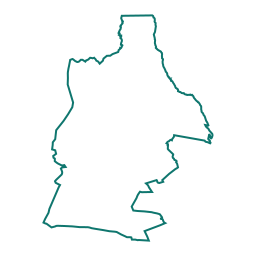 outline of Ketu North, Volta, Ghana
{"feature_id": "2480657B52907018957478", "entity_name": "Ketu North", "entity_type": "district", "adm_level": 2, "iso_a3": "GHA", "parent_name": "Ghana", "parent_adm1": "Volta", "projection": "mercator", "projection_center": [0.996, 6.191], "detail": "fine", "context": "isolated", "style": "outline", "palette": "teal", "viewbox_px": 256, "rotation_deg": 0, "n_neighbors": 0, "source": "geoboundaries", "source_scale": "gbopen_adm2", "svg_char_len": 5637}
<svg xmlns="http://www.w3.org/2000/svg" viewBox="0 0 256 256"><path d="M211.0,143.5L210.3,142.9L210.4,142.5L210.2,142.2L209.7,142.1L209.6,141.9L209.7,141.5L209.8,141.2L209.9,140.9L208.2,138.9L208.9,136.0L209.0,134.9L209.2,134.7L209.6,134.7L209.8,135.1L210.2,136.3L210.5,137.5L210.6,137.9L210.9,138.3L211.1,138.4L211.5,138.1L211.9,137.5L212.1,136.9L212.5,135.5L212.4,134.4L212.2,133.8L210.8,132.2L209.6,130.9L209.3,130.5L208.5,128.9L207.9,128.3L206.7,127.4L205.8,126.3L205.2,125.0L206.2,125.2L206.9,125.5L207.6,125.7L208.0,125.7L208.4,125.4L208.2,124.8L208.0,124.4L207.4,122.8L206.6,121.4L206.2,120.9L204.7,116.3L203.5,114.8L203.2,113.8L203.0,113.3L202.7,113.0L202.3,112.7L202.0,112.3L201.6,111.8L201.5,111.1L201.5,110.5L201.2,109.5L201.2,106.9L201.1,106.2L200.2,105.1L199.9,104.3L199.5,103.7L199.2,103.2L198.9,102.9L198.7,102.6L198.6,102.4L197.9,102.2L197.7,101.6L196.9,101.2L195.7,100.0L194.9,98.9L194.5,98.5L193.9,97.7L193.7,97.4L193.5,96.5L193.2,96.1L192.9,95.7L192.5,95.5L192.2,95.0L191.8,95.2L191.5,95.0L191.3,94.9L190.9,94.9L190.6,94.7L190.3,94.9L190.0,94.7L189.7,94.9L189.1,94.8L188.5,94.9L187.8,94.9L187.1,95.0L186.8,94.8L186.6,94.6L186.0,94.6L184.5,94.1L184.0,93.3L183.8,93.1L183.3,93.1L183.0,93.2L182.7,93.2L181.6,93.0L181.2,92.6L180.7,92.3L180.3,92.0L179.6,92.0L178.9,91.5L178.4,91.4L178.0,91.2L178.1,90.4L178.0,89.8L177.7,89.4L177.6,89.0L177.4,88.8L176.9,88.7L176.3,88.1L175.9,88.0L175.5,87.4L175.2,86.6L175.1,85.9L174.7,85.4L174.0,84.0L173.3,83.1L172.6,81.7L172.3,81.3L172.0,81.1L171.2,81.0L171.0,80.8L170.9,80.1L171.1,79.9L170.9,79.6L170.4,79.4L170.1,79.0L170.1,78.9L170.4,78.5L170.1,78.5L169.8,78.5L169.2,78.0L169.1,77.8L169.1,77.3L168.6,77.1L168.3,76.8L168.3,76.5L168.2,76.3L167.8,76.0L167.5,75.4L167.2,74.2L167.2,73.7L167.1,73.3L166.5,72.4L165.7,71.6L165.4,70.3L165.1,69.9L164.6,68.6L163.5,66.7L163.2,65.8L163.1,64.7L162.7,63.5L162.6,62.0L162.6,61.3L162.9,60.2L163.0,59.3L162.8,58.9L162.3,58.6L162.1,58.3L162.0,58.1L162.1,57.0L161.9,56.1L162.0,55.0L162.1,54.1L161.9,53.5L161.9,53.0L161.4,52.6L160.9,51.6L159.7,50.9L159.3,50.8L158.6,50.2L157.7,49.8L157.2,49.1L156.9,49.0L155.9,48.0L155.8,47.9L155.8,47.7L156.1,47.2L156.0,46.5L155.3,45.0L155.3,44.5L154.9,43.3L154.9,42.4L155.1,40.3L155.0,39.6L154.7,39.1L154.8,38.4L153.8,34.5L155.0,31.9L155.7,27.3L155.9,26.2L155.6,25.3L155.5,24.7L155.6,23.6L155.5,22.8L154.9,22.3L154.7,21.8L154.6,21.6L154.6,21.3L154.8,20.4L154.7,18.7L154.5,18.3L154.1,17.8L153.9,17.6L153.5,17.5L153.1,16.0L152.3,15.4L121.8,15.8L121.2,18.2L122.0,20.4L122.9,21.4L122.8,21.8L122.7,21.9L122.3,22.0L122.4,22.8L122.6,23.1L122.4,23.4L122.3,23.7L121.9,24.0L121.7,24.4L121.2,24.9L121.0,25.4L121.0,25.7L120.8,25.9L120.5,25.9L120.3,26.7L120.4,26.8L120.9,27.3L120.5,29.2L119.8,30.1L118.6,32.8L118.6,33.2L119.4,33.1L119.8,34.0L119.1,35.0L119.4,35.1L119.8,35.8L121.2,35.6L121.2,36.8L120.9,37.2L120.7,37.4L120.5,37.9L120.4,38.0L121.5,39.1L121.7,39.4L121.9,40.5L121.8,41.3L121.1,43.2L120.9,44.4L120.9,44.7L121.2,45.0L121.7,45.1L122.0,45.0L122.4,45.3L122.4,45.5L121.7,46.4L121.7,46.9L121.1,48.0L120.7,48.3L120.1,48.0L119.8,49.2L118.7,50.0L118.6,50.4L118.2,52.0L112.5,54.1L110.3,55.7L106.9,55.8L103.5,58.6L102.9,60.7L99.7,63.7L99.3,63.2L98.8,62.4L98.2,61.6L96.3,60.6L95.6,59.3L94.6,58.3L94.2,58.0L94.1,57.8L92.7,58.3L91.8,58.0L90.8,57.9L90.6,57.8L90.4,57.8L90.1,57.8L88.2,59.6L87.1,60.0L86.9,60.2L86.5,60.5L86.2,60.4L86.0,60.5L85.3,61.6L82.5,59.8L82.2,59.8L80.8,59.8L80.4,60.2L79.8,60.8L79.2,61.4L78.5,61.8L77.4,62.0L77.2,62.0L76.9,61.9L76.2,61.5L75.4,61.2L73.2,59.4L72.7,59.1L72.4,59.0L70.2,59.9L68.9,66.6L68.5,68.3L67.9,71.9L67.8,73.5L67.9,78.1L67.7,84.5L73.1,102.5L72.3,107.2L68.1,114.2L63.5,121.0L56.2,130.2L55.2,139.2L52.8,142.3L52.7,145.0L52.2,148.6L52.1,149.4L55.2,150.3L56.1,153.8L53.2,156.0L53.5,157.7L54.8,158.6L54.8,161.2L56.7,162.7L58.1,163.6L61.9,165.5L64.3,165.1L65.6,167.0L62.3,167.4L60.9,168.5L62.0,171.3L62.1,171.6L62.2,172.6L62.1,173.4L61.8,174.2L61.7,174.5L56.1,179.9L55.0,181.2L55.2,181.8L55.6,182.4L55.7,182.8L60.0,185.0L58.7,187.3L49.4,208.9L48.5,212.8L45.1,219.0L43.5,222.6L45.2,223.4L45.8,223.6L46.5,223.7L51.5,227.4L55.0,226.5L56.3,225.9L57.8,225.8L64.2,226.0L72.5,226.4L79.5,227.1L87.8,227.2L89.5,227.5L91.7,228.2L95.2,228.8L103.3,230.1L109.3,231.2L114.9,231.7L116.7,232.0L121.0,234.4L125.6,236.5L126.7,237.1L127.2,237.2L130.2,237.2L131.3,237.4L131.9,239.6L135.2,239.6L137.9,240.2L138.7,240.0L148.8,240.6L147.3,236.7L144.6,231.1L160.0,225.3L165.2,223.1L164.5,222.7L163.6,221.8L162.7,219.4L162.0,219.0L161.1,219.0L160.9,218.8L160.9,218.5L161.1,218.3L161.8,218.2L162.0,218.1L162.1,217.9L162.1,217.6L161.6,216.6L160.6,215.4L160.1,214.5L159.1,214.0L158.4,213.8L157.0,213.4L153.5,212.7L151.7,212.2L144.3,211.4L137.6,211.0L133.3,210.5L131.7,206.6L136.5,198.1L137.3,196.0L138.0,194.6L139.0,193.1L140.0,191.7L141.8,192.2L152.0,192.0L149.1,187.6L148.4,186.1L148.1,185.5L147.7,185.0L146.0,183.4L156.6,180.1L156.9,180.5L157.2,181.4L157.5,182.2L158.0,182.7L159.3,183.0L163.2,181.8L162.3,180.1L169.1,173.9L175.7,168.8L176.5,168.5L178.0,167.4L177.1,163.7L176.1,162.2L176.3,162.0L176.6,161.5L176.5,160.9L175.5,160.2L174.6,160.0L174.3,159.7L173.9,158.6L173.3,158.2L172.9,157.8L172.7,157.2L172.6,156.6L172.8,156.0L172.9,155.3L173.1,155.1L173.2,154.8L173.2,154.3L168.3,149.6L168.0,149.1L167.8,148.9L167.8,148.5L167.9,147.8L167.8,147.0L168.0,146.1L168.0,145.9L167.7,145.6L167.6,145.4L167.9,145.1L167.8,144.9L168.0,144.6L168.0,144.4L167.9,144.1L166.5,143.3L167.3,142.2L167.7,141.8L168.8,141.3L170.4,139.9L171.2,139.8L171.6,140.2L171.9,140.3L172.1,139.2L172.3,139.0L173.9,136.8L174.0,136.3L174.1,135.2L204.6,140.6L205.5,141.7L207.9,142.3L209.8,143.2L211.0,143.5Z" fill="none" stroke="#0f766e" stroke-width="2"/></svg>